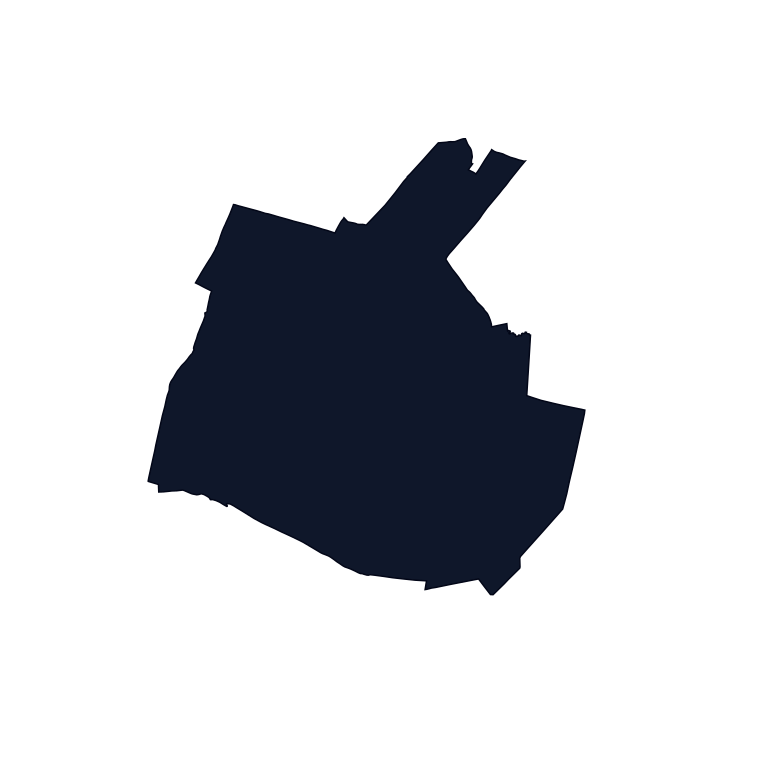 outline of Pochidia, Galati, Romania, rotated 323°
{"feature_id": "2599482B31598853043791", "entity_name": "Pochidia", "entity_type": "district", "adm_level": 2, "iso_a3": "ROU", "parent_name": "Romania", "parent_adm1": "Galati", "projection": "natural_earth1", "projection_center": [27.58, 46.045], "detail": "fine", "context": "isolated", "style": "filled", "palette": "ink", "viewbox_px": 768, "rotation_deg": 323, "n_neighbors": 0, "source": "geoboundaries", "source_scale": "gbopen_adm2", "svg_char_len": 6087}
<svg xmlns="http://www.w3.org/2000/svg" viewBox="0 0 768 768"><g transform="rotate(323 384 384)"><path d="M452.1,227.1L451.4,227.4L450.3,227.8L449.1,228.0L448.0,228.3L446.6,228.8L442.7,230.5L438.8,232.3L435.7,233.9L435.2,233.2L432.9,229.9L430.9,227.0L428.3,223.7L426.0,220.5L423.1,216.6L420.6,213.2L418.7,210.9L416.7,208.2L414.7,205.7L409.9,199.7L407.2,196.0L404.6,192.6L400.9,187.8L398.8,185.0L397.5,183.2L394.2,178.8L391.8,176.2L388.2,171.1L386.7,169.1L384.9,166.8L382.0,163.1L377.1,156.8L374.8,153.9L372.9,151.2L371.8,150.1L370.2,151.2L363.4,155.4L359.7,157.5L354.9,160.1L353.4,161.0L350.3,162.6L348.1,163.9L347.0,164.5L343.1,167.1L342.2,167.7L339.9,169.4L338.4,170.4L335.1,172.6L331.3,174.4L329.8,175.4L327.1,176.6L322.7,178.5L318.8,179.9L314.8,181.4L308.9,183.7L304.9,185.3L301.9,186.6L297.8,188.3L294.3,189.8L296.1,193.3L297.8,197.0L298.9,199.3L300.3,202.1L302.3,206.0L301.0,206.9L299.2,208.1L297.7,209.2L295.3,211.4L292.9,213.4L290.7,215.4L288.2,217.6L287.5,218.2L286.8,219.2L286.3,219.7L285.6,219.8L285.0,219.7L284.2,219.7L283.7,219.5L282.6,221.2L282.0,222.0L281.7,222.4L281.2,222.6L280.3,223.2L277.8,224.9L274.5,226.8L272.9,227.7L270.3,229.2L267.9,230.7L265.8,231.9L264.5,232.8L261.9,234.8L260.4,235.8L258.2,237.2L256.0,238.8L254.7,239.7L253.8,240.5L253.2,241.2L253.0,241.6L252.9,242.1L252.7,242.7L252.3,242.7L251.6,242.9L250.8,243.3L249.9,243.8L248.9,244.4L248.5,244.3L247.1,244.5L244.3,245.2L242.9,245.7L241.5,246.1L238.4,246.8L236.4,247.1L233.7,247.5L232.1,247.9L230.8,248.3L229.0,248.8L227.6,249.1L226.4,249.5L225.2,250.0L222.8,251.0L221.0,251.8L219.0,252.6L216.8,253.3L215.3,253.9L213.8,254.7L212.6,255.5L211.1,256.9L209.4,258.9L208.8,259.6L207.5,260.6L204.3,262.6L200.8,265.4L195.3,270.2L188.1,275.8L178.4,284.1L165.2,295.3L160.8,299.3L154.2,304.9L140.3,316.8L137.2,319.6L137.1,319.9L143.4,328.5L139.1,334.7L143.0,337.4L147.1,339.9L150.0,341.6L154.2,344.5L155.7,345.4L159.3,347.5L160.3,348.8L164.1,355.5L164.9,356.6L167.8,359.8L169.6,360.8L171.5,361.5L172.3,362.0L173.8,364.1L175.0,366.8L175.9,369.1L176.0,370.2L175.8,371.5L175.8,371.9L177.7,373.3L179.7,376.0L181.7,379.6L183.2,383.6L184.7,387.1L185.1,387.3L185.4,387.1L185.7,386.4L185.7,385.4L185.8,385.0L186.0,384.9L186.3,384.9L186.9,385.2L189.0,387.3L190.7,391.0L191.8,393.9L194.1,399.6L199.4,413.4L202.9,421.0L204.9,424.9L208.6,431.7L209.7,433.7L213.1,440.4L214.9,443.7L217.8,449.1L218.9,451.2L222.3,457.8L224.1,461.5L227.9,470.7L231.2,478.8L231.9,480.6L233.1,482.9L233.9,484.1L235.0,485.9L236.2,487.9L237.1,490.0L238.2,493.4L239.4,497.6L240.7,501.2L241.7,504.3L242.6,506.4L244.8,509.7L246.1,511.8L248.3,515.9L249.9,519.2L250.9,520.9L251.6,521.7L252.3,522.1L253.5,523.9L255.4,526.4L256.8,527.5L258.0,527.8L261.2,530.8L268.2,537.7L274.1,543.7L281.8,551.0L290.8,559.4L299.5,566.8L293.1,572.9L294.6,573.7L296.7,574.6L299.0,575.5L302.9,577.6L316.0,583.8L335.5,593.3L342.2,596.6L342.2,606.5L342.3,616.2L344.3,617.9L346.7,617.6L359.8,615.9L365.7,614.9L381.5,612.8L382.5,612.0L387.6,604.8L389.1,603.9L400.5,601.6L422.3,597.3L451.4,591.4L456.7,587.3L463.8,581.7L472.9,573.8L477.2,570.2L484.7,564.0L495.9,554.5L503.9,547.6L521.3,532.6L526.2,528.3L528.7,525.7L514.3,509.3L507.9,501.7L499.6,491.6L494.4,484.2L491.0,479.2L525.5,438.9L528.2,435.7L530.2,433.4L530.4,433.1L529.9,432.8L529.6,432.5L529.6,432.2L529.9,432.0L530.0,431.8L530.1,431.6L529.6,430.9L528.7,430.0L528.5,429.6L528.4,429.3L528.3,428.8L528.6,428.5L528.8,428.4L528.6,428.1L528.4,427.9L528.0,427.6L527.7,427.7L527.4,427.9L527.1,428.2L526.7,428.3L526.3,428.2L526.1,428.0L525.8,427.7L525.6,427.3L525.4,427.0L524.5,426.7L524.3,426.7L524.1,426.9L523.6,427.1L523.4,427.5L523.2,427.9L523.0,428.1L522.7,428.0L522.4,427.9L522.1,427.4L521.5,426.3L521.1,426.0L520.4,426.1L520.2,426.2L520.1,426.4L520.0,426.5L519.7,426.5L519.5,426.4L519.3,426.2L519.1,426.0L518.8,425.8L518.5,425.3L518.3,425.4L518.2,425.6L517.9,425.4L517.8,425.2L517.8,424.9L518.0,424.4L518.6,423.7L518.4,423.0L517.5,422.2L517.8,422.0L518.0,421.8L518.1,421.5L518.0,421.1L517.5,420.7L517.4,420.6L517.1,420.5L516.7,420.3L516.2,420.0L515.4,419.8L514.6,419.7L514.4,419.6L514.2,419.2L514.3,418.8L514.5,418.8L514.6,418.5L514.6,418.3L514.7,418.2L515.0,418.2L515.4,418.5L515.6,418.6L515.8,418.5L515.9,418.2L516.3,418.1L516.5,418.0L516.6,417.7L515.4,415.9L515.2,415.8L514.6,416.0L514.6,415.9L518.4,409.7L512.5,406.9L504.3,403.1L505.7,400.9L506.7,398.5L507.4,396.5L507.8,394.9L508.1,394.1L508.7,391.3L508.9,390.0L508.9,389.0L508.7,386.8L508.6,385.1L508.9,383.8L508.8,383.1L508.6,381.0L508.2,378.6L507.9,376.6L507.6,374.7L507.6,373.0L507.7,371.5L508.0,369.8L508.0,368.6L507.8,366.1L507.8,364.1L507.7,362.4L507.4,360.8L507.1,359.4L507.1,358.5L507.3,355.5L507.5,350.9L507.6,348.2L507.8,343.8L507.8,341.0L507.7,336.6L507.6,333.4L507.7,331.6L508.0,326.5L508.1,325.1L508.3,322.8L508.5,321.5L509.6,320.9L511.5,320.1L514.5,319.2L517.0,318.7L521.9,317.7L531.1,315.7L541.3,313.7L551.5,311.5L557.2,310.1L560.2,309.3L564.8,307.7L568.1,306.7L572.0,305.5L576.2,304.5L578.0,304.1L581.0,303.4L590.9,301.1L596.2,299.7L601.1,298.6L608.9,296.3L609.7,296.2L610.6,295.9L619.7,293.6L623.1,292.7L630.9,290.9L630.0,290.4L628.0,287.9L626.5,286.1L624.5,283.1L623.8,282.2L621.3,278.9L618.5,274.0L617.4,271.8L616.5,270.6L614.8,268.4L613.8,267.3L613.0,266.2L612.1,264.7L611.4,262.7L611.0,261.6L610.5,261.9L609.9,262.2L599.5,265.8L595.9,267.2L590.8,269.2L587.8,270.3L583.7,271.6L583.6,270.9L582.8,268.7L581.7,266.6L580.3,263.7L582.5,262.9L584.6,262.3L587.2,261.5L586.5,260.6L588.1,258.4L589.1,257.4L590.5,256.4L591.4,255.4L592.7,253.1L593.9,250.9L594.6,249.0L594.9,247.2L594.9,245.6L595.2,242.6L595.9,239.9L596.6,237.1L595.2,236.1L594.2,235.6L592.6,235.0L590.6,234.4L588.9,233.9L586.6,233.2L584.4,231.7L583.1,230.6L581.5,229.6L579.4,228.5L574.2,225.2L572.5,224.1L572.4,224.1L562.4,226.0L550.1,228.5L531.2,232.0L527.3,232.5L526.6,233.1L521.5,234.1L507.9,238.0L492.4,241.9L465.4,246.4L465.2,246.2L464.3,245.0L462.6,243.3L462.1,243.1L460.7,241.9L460.2,241.8L459.4,240.8L459.1,240.9L458.6,240.0L458.3,239.3L457.7,238.4L456.9,237.4L456.1,236.5L453.9,234.1L452.7,232.7L452.5,231.4L452.1,227.1Z" fill="#0f172a" stroke="#020617" stroke-width="1.5"/></g></svg>